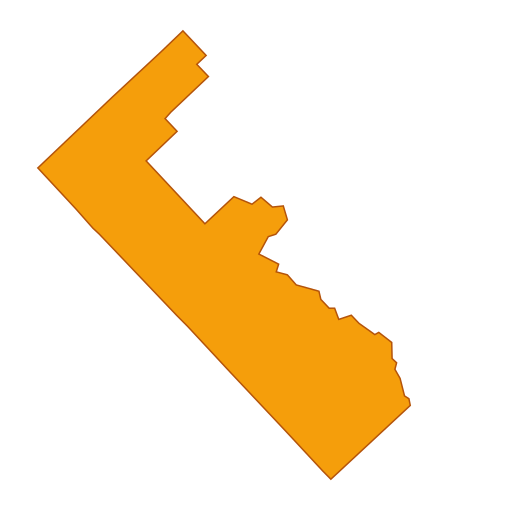 outline of Daggett, Utah, United States of America, rotated 227°
{"feature_id": "52423323B11713615071349", "entity_name": "Daggett", "entity_type": "district", "adm_level": 2, "iso_a3": "USA", "parent_name": "United States of America", "parent_adm1": "Utah", "projection": "equal_earth", "projection_center": [-109.574, 40.832], "detail": "fine", "context": "isolated", "style": "filled", "palette": "amber", "viewbox_px": 512, "rotation_deg": 227, "n_neighbors": 0, "source": "geoboundaries", "source_scale": "gbopen_adm2", "svg_char_len": 844}
<svg xmlns="http://www.w3.org/2000/svg" viewBox="0 0 512 512"><g transform="rotate(227 256 256)"><path d="M41.5,266.9L47.3,270.5L52.4,269.2L68.2,277.9L78.4,280.3L82.0,286.0L88.2,285.6L100.2,296.3L116.4,293.7L117.5,289.3L136.5,285.4L147.7,285.3L153.2,273.3L164.2,277.9L167.9,273.9L180.0,273.8L187.3,278.0L207.4,265.7L220.8,266.1L230.6,260.0L234.6,267.0L255.5,259.4L261.8,278.2L258.4,285.4L261.0,303.6L274.0,310.1L280.6,301.4L295.6,299.7L296.6,288.4L314.5,280.3L314.4,240.6L400.5,240.5L401.0,283.3L418.5,283.2L419.3,291.8L419.7,343.6L436.6,343.4L436.7,356.3L470.5,356.1L470.1,325.4L470.2,259.6L469.2,156.5L413.7,156.4L387.4,155.7L379.0,156.3L266.6,157.5L251.2,158.0L247.2,158.0L187.6,157.9L170.7,158.0L170.0,158.0L107.6,158.3L107.1,158.3L53.0,158.2L42.1,158.5L41.7,158.5L41.5,266.9Z" fill="#f59e0b" stroke="#b45309" stroke-width="1.5"/></g></svg>